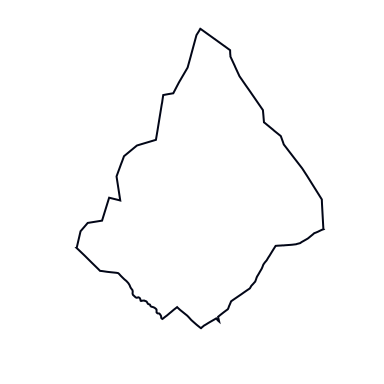 Songinoxairxan, Ulaanbaatar, Mongolia (Equal Earth projection), rotated 48°
{"feature_id": "93677404B95437285917288", "entity_name": "Songinoxairxan", "entity_type": "district", "adm_level": 2, "iso_a3": "MNG", "parent_name": "Mongolia", "parent_adm1": "Ulaanbaatar", "projection": "equal_earth", "projection_center": [106.709, 48.059], "detail": "fine", "context": "isolated", "style": "outline", "palette": "ink", "viewbox_px": 384, "rotation_deg": 48, "n_neighbors": 0, "source": "geoboundaries", "source_scale": "gbopen_adm2", "svg_char_len": 3217}
<svg xmlns="http://www.w3.org/2000/svg" viewBox="0 0 384 384"><g transform="rotate(48 192 192)"><path d="M156.2,315.2L162.7,314.7L168.1,314.3L177.4,313.8L186.6,313.2L189.1,313.1L190.5,311.8L194.5,308.5L197.2,306.1L201.4,302.3L202.8,301.2L203.9,301.0L206.5,301.0L208.5,300.9L211.6,300.7L213.6,300.4L214.6,300.3L217.2,300.3L219.4,300.7L219.7,300.8L221.3,301.4L222.5,301.7L223.7,301.8L225.0,301.9L226.1,302.5L226.9,303.3L227.8,304.2L228.9,304.7L231.2,304.5L232.3,304.4L233.3,304.1L233.8,303.6L234.3,302.4L234.7,302.1L236.0,301.8L236.9,302.1L237.9,302.5L238.3,302.9L238.9,302.8L239.5,301.7L240.3,300.6L240.9,300.0L241.6,299.8L242.1,299.4L243.0,299.1L244.0,299.2L245.5,299.6L246.5,299.2L247.3,298.7L247.8,298.7L248.6,299.0L249.2,299.1L249.9,299.0L251.4,298.0L252.9,297.3L254.5,297.0L255.5,297.0L256.3,297.6L257.0,298.2L257.8,298.9L258.5,298.9L259.3,298.7L260.3,297.7L260.8,297.6L261.6,297.6L262.2,297.7L263.5,298.0L265.0,299.1L265.9,299.1L266.5,299.0L266.6,298.6L266.8,295.4L267.0,293.4L267.1,290.4L267.1,289.8L267.2,288.0L267.3,284.4L267.5,281.6L267.6,280.1L267.9,280.1L271.2,279.8L272.0,279.7L273.8,279.4L277.5,278.8L279.3,278.5L280.5,278.3L282.5,278.2L286.7,278.2L290.3,277.8L293.7,277.4L296.2,277.0L299.2,276.5L299.3,276.4L299.2,275.2L299.3,273.5L299.3,272.5L299.7,270.7L300.3,267.3L301.1,263.5L301.9,259.8L302.1,258.6L302.3,258.6L304.7,258.7L306.4,258.5L304.1,257.2L302.2,256.1L302.2,255.7L302.4,252.0L302.5,250.7L302.6,249.2L302.9,245.7L303.1,243.8L302.6,242.6L301.6,240.8L301.0,239.4L300.1,237.5L299.4,236.1L299.7,233.5L300.4,228.3L301.0,223.9L301.4,220.5L301.9,216.6L302.3,213.9L302.3,213.4L301.7,211.5L301.5,211.0L301.4,210.4L301.2,208.0L300.9,205.6L300.9,205.0L300.6,204.5L299.9,203.1L298.7,201.0L298.6,200.6L298.4,200.3L297.7,197.9L296.7,194.9L295.8,192.0L295.5,191.2L294.8,189.7L293.7,187.6L293.6,187.2L293.2,185.5L293.1,185.0L292.8,182.6L292.7,182.1L291.8,179.2L291.2,176.9L290.0,172.9L289.1,169.8L288.4,167.3L288.2,166.7L288.0,165.9L288.3,165.5L289.2,164.3L290.4,162.8L291.5,161.5L291.8,161.0L293.1,159.5L293.9,158.4L296.4,155.2L297.8,153.4L300.5,149.6L300.8,148.8L301.6,147.3L302.4,145.7L302.5,144.2L302.9,142.5L304.0,137.4L304.1,136.8L304.2,134.4L304.4,130.3L304.4,128.7L305.0,127.3L305.4,126.1L305.7,125.3L306.4,122.8L307.1,120.5L307.3,120.1L307.7,119.1L307.4,119.1L305.5,117.6L288.0,103.5L284.4,100.5L266.1,97.3L257.0,95.7L248.1,94.3L236.1,93.4L231.0,93.0L227.1,92.7L218.3,92.0L218.1,92.0L215.8,91.0L210.4,88.8L209.9,88.6L201.8,89.9L200.0,90.1L189.3,91.7L188.4,91.9L183.9,88.5L183.8,88.4L178.6,84.5L154.8,81.4L148.1,80.6L138.1,79.3L137.9,79.3L127.9,76.2L127.4,76.0L117.0,72.8L116.0,71.9L115.2,71.4L112.1,68.8L100.9,71.2L76.6,76.5L76.3,76.6L76.4,76.9L76.4,77.0L76.5,77.0L78.4,83.7L89.3,100.6L90.8,102.9L96.6,112.0L101.8,128.3L103.5,132.9L106.1,139.8L105.9,140.0L105.7,140.5L103.4,144.1L100.7,148.5L103.8,152.3L105.5,154.3L106.6,155.8L114.7,165.9L122.9,176.1L129.1,183.9L123.3,196.1L120.8,201.4L120.6,201.9L120.3,208.9L119.9,218.6L120.6,219.9L122.5,223.5L123.6,225.7L129.1,236.1L129.8,237.4L129.9,237.5L130.0,237.7L150.3,251.0L149.7,251.4L149.2,251.7L140.8,257.4L153.1,278.0L145.2,290.2L146.6,301.1L156.1,314.7L156.3,315.0L156.2,315.2L156.2,315.2Z" fill="none" stroke="#020617" stroke-width="2"/></g></svg>